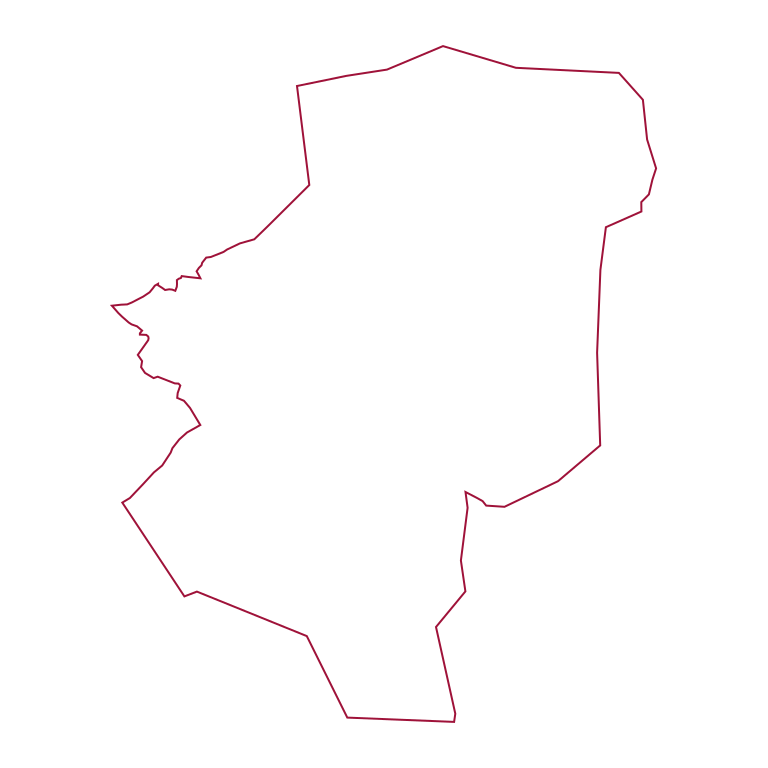 the district of Boripe, Osun, Nigeria
{"feature_id": "59680162B47985033068277", "entity_name": "Boripe", "entity_type": "district", "adm_level": 2, "iso_a3": "NGA", "parent_name": "Nigeria", "parent_adm1": "Osun", "projection": "orthographic", "projection_center": [4.688, 7.896], "detail": "fine", "context": "isolated", "style": "outline", "palette": "rose", "viewbox_px": 768, "rotation_deg": 0, "n_neighbors": 0, "source": "geoboundaries", "source_scale": "gbopen_adm2", "svg_char_len": 1392}
<svg xmlns="http://www.w3.org/2000/svg" viewBox="0 0 768 768"><path d="M600.2,445.4L597.1,352.7L600.4,269.9L605.9,227.2L641.4,211.5L641.3,202.1L648.9,194.4L652.4,179.7L656.1,168.4L647.1,139.5L642.9,99.8L618.9,72.9L515.9,67.8L443.0,46.1L387.0,69.6L346.2,75.9L297.0,86.0L309.3,185.0L267.3,226.7L254.3,239.3L239.9,243.4L227.1,249.5L223.6,251.9L210.8,257.0L206.2,257.6L202.2,262.7L201.5,265.3L198.9,267.9L196.6,271.3L198.6,274.8L200.4,278.3L188.5,277.0L181.7,276.1L180.9,278.0L178.8,278.7L176.9,280.1L177.0,284.1L176.8,286.8L175.3,290.8L172.2,289.6L169.2,289.3L165.1,290.0L162.2,287.9L158.1,285.3L158.1,283.8L154.8,285.7L152.8,288.4L149.6,292.3L143.2,296.6L138.9,298.8L131.8,302.5L127.2,304.4L121.0,304.7L111.9,305.7L118.4,313.1L122.1,316.7L128.7,322.5L131.6,324.4L137.0,326.3L142.1,330.6L139.9,333.3L139.9,334.6L146.3,334.9L148.2,336.5L148.6,338.2L148.2,340.2L137.8,354.9L142.1,361.1L141.1,367.2L145.0,372.9L153.6,378.1L157.7,376.7L174.8,383.4L178.5,383.6L180.3,385.5L177.7,393.0L177.2,397.9L184.0,400.8L190.0,407.9L200.3,425.0L187.0,432.5L179.3,439.4L172.4,448.2L170.7,452.6L162.2,465.5L153.9,472.4L143.3,483.9L129.9,498.0L122.3,502.6L184.4,596.4L196.9,591.6L306.8,636.1L347.3,717.6L454.1,721.9L455.3,713.7L436.0,627.0L465.4,591.4L460.9,560.5L467.6,507.8L465.5,492.0L476.7,497.8L482.6,501.1L486.2,505.6L504.5,506.8L558.0,481.2L600.2,445.4Z" fill="none" stroke="#9f1239" stroke-width="2"/></svg>